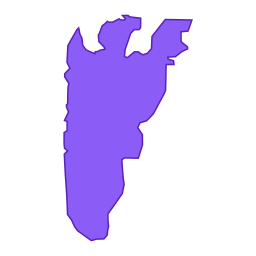 outline of Dosso, Dosso, Niger
{"feature_id": "23599985B13950466033624", "entity_name": "Dosso", "entity_type": "district", "adm_level": 2, "iso_a3": "NER", "parent_name": "Niger", "parent_adm1": "Dosso", "projection": "robinson", "projection_center": [3.352, 12.846], "detail": "fine", "context": "isolated", "style": "filled", "palette": "violet", "viewbox_px": 256, "rotation_deg": 0, "n_neighbors": 0, "source": "geoboundaries", "source_scale": "gbopen_adm2", "svg_char_len": 1376}
<svg xmlns="http://www.w3.org/2000/svg" viewBox="0 0 256 256"><path d="M67.5,214.4L71.6,220.1L74.6,226.7L77.8,230.9L91.4,240.6L96.3,239.1L103.9,238.9L107.3,235.0L107.5,231.3L108.6,226.2L108.0,220.8L107.9,214.0L113.8,205.7L121.4,194.8L122.3,193.6L124.1,184.5L123.1,177.0L122.0,162.8L121.9,159.7L124.4,157.9L138.3,158.2L142.5,144.9L142.4,134.6L137.7,127.6L140.0,122.8L146.6,120.8L153.3,113.8L153.4,113.7L164.6,92.9L165.6,90.0L166.1,65.6L166.2,64.5L174.0,64.5L173.5,60.6L170.0,59.9L167.8,58.5L167.8,57.1L175.3,56.7L182.0,51.5L187.6,48.9L187.5,46.9L181.1,41.7L181.0,31.8L188.0,31.1L189.3,27.5L191.9,20.0L165.3,19.5L152.0,36.4L151.5,48.6L147.3,53.4L142.6,54.8L138.2,51.8L134.4,51.8L127.6,57.5L124.5,56.7L125.1,49.6L130.7,33.3L134.2,29.7L139.1,29.6L140.6,27.6L140.7,18.2L129.9,16.9L128.0,15.4L122.5,15.5L125.5,18.7L124.1,20.1L120.5,19.9L119.1,18.8L112.7,22.1L108.5,22.2L107.4,21.3L104.9,23.8L102.2,25.8L99.5,33.1L98.3,35.0L98.9,41.7L104.4,47.4L104.9,49.2L99.7,50.3L97.7,51.6L95.3,51.7L94.9,53.7L91.4,52.3L86.1,49.9L82.7,45.2L82.0,38.3L79.9,34.1L78.7,27.9L77.0,29.6L67.9,45.5L67.0,62.3L69.8,68.3L64.7,73.7L64.7,76.9L68.8,83.5L68.0,87.5L67.6,103.8L66.4,105.0L66.6,107.3L68.5,111.9L64.5,120.5L67.1,121.4L67.1,130.7L64.1,132.6L64.1,135.4L64.1,144.1L64.5,148.2L67.6,150.9L64.3,154.1L65.3,173.9L66.8,195.8L67.3,208.0L67.5,214.4Z" fill="#8b5cf6" stroke="#5b21b6" stroke-width="1.5"/></svg>